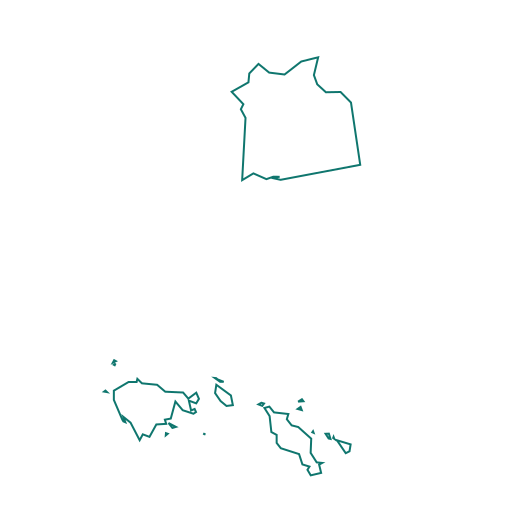 Al Khukhah, Al Hudaydah, Yemen, rotated 280°
{"feature_id": "15242507B44327302396722", "entity_name": "Al Khukhah", "entity_type": "district", "adm_level": 2, "iso_a3": "YEM", "parent_name": "Yemen", "parent_adm1": "Al Hudaydah", "projection": "orthographic", "projection_center": [42.797, 13.833], "detail": "medium", "context": "isolated", "style": "outline", "palette": "teal", "viewbox_px": 512, "rotation_deg": 280, "n_neighbors": 0, "source": "geoboundaries", "source_scale": "gbopen_adm2", "svg_char_len": 1911}
<svg xmlns="http://www.w3.org/2000/svg" viewBox="0 0 512 512"><g transform="rotate(280 256 256)"><path d="M455.4,266.8L439.7,252.6L438.9,237.1L445.6,225.1L434.6,217.7L425.7,218.4L413.5,203.5L403.3,217.2L397.9,215.6L390.2,221.7L328.3,229.2L336.9,239.1L333.5,252.9L337.1,259.3L338.1,265.5L335.7,257.7L335.3,267.0L363.9,342.8L423.6,322.9L432.2,310.8L429.4,296.4L435.7,286.5L444.2,281.6L462.5,282.7L455.4,266.8ZM98.7,139.4L89.6,141.0L71.7,152.7L70.1,154.1L69.6,156.2L74.5,153.4L70.1,161.4L54.4,173.4L60.7,175.5L59.4,182.5L72.8,187.1L75.1,196.7L79.0,194.7L81.1,200.3L98.7,201.9L91.4,210.6L89.8,221.8L91.9,224.0L94.7,222.1L92.6,218.9L101.9,215.0L100.5,222.7L105.4,224.6L111.0,220.9L103.8,214.1L108.9,207.9L106.6,190.2L112.0,181.0L110.8,165.8L114.4,160.5L111.2,160.3L109.8,152.4L98.7,139.4ZM107.8,290.7L100.7,297.2L85.3,301.7L83.4,307.4L75.5,308.8L71.0,313.8L68.4,332.8L58.8,337.9L57.9,345.2L54.4,343.8L49.5,348.0L53.7,357.8L61.5,354.4L63.7,357.1L63.3,351.6L71.6,344.0L85.7,342.1L94.9,327.3L95.4,320.5L100.6,314.7L106.0,315.3L105.1,300.9L110.0,295.3L107.8,290.7ZM122.3,239.3L113.9,239.5L107.0,246.3L103.2,253.0L105.1,259.1L114.3,255.5L122.3,239.3ZM88.6,367.7L77.4,378.6L79.9,382.0L86.9,381.9L88.6,367.7ZM93.0,355.4L88.9,359.2L88.8,361.1L93.7,358.6L93.0,355.4ZM110.3,284.2L109.5,288.2L112.1,289.5L112.4,286.8L110.3,284.2ZM112.2,327.8L115.1,326.1L112.6,323.6L112.2,327.8ZM76.3,198.9L72.2,203.5L73.8,206.8L76.3,198.9ZM122.9,326.1L119.9,322.8L121.2,327.9L122.9,326.1ZM126.5,246.0L127.8,239.7L128.8,237.9L128.7,236.6L125.9,242.5L126.5,246.0ZM96.1,132.9L97.3,131.1L96.1,130.0L96.1,132.9ZM65.9,198.1L63.7,198.3L65.6,199.9L65.9,198.1ZM71.7,237.1L72.0,234.9L71.5,236.1L71.7,237.1ZM89.6,364.8L91.3,363.8L90.2,363.6L89.6,364.8ZM128.7,134.4L126.2,133.6L128.1,136.2L128.7,134.4ZM125.7,136.3L124.2,134.9L123.9,135.8L125.7,136.3ZM91.9,343.4L93.3,342.6L92.2,342.1L91.9,343.4Z" fill="none" stroke="#0f766e" stroke-width="2"/></g></svg>